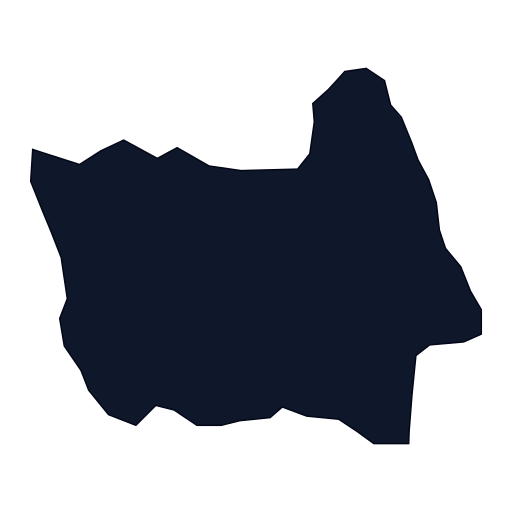 outline of Tranås, Jönköping, Sweden
{"feature_id": "70781695B97967886830889", "entity_name": "Tranås", "entity_type": "district", "adm_level": 2, "iso_a3": "SWE", "parent_name": "Sweden", "parent_adm1": "Jönköping", "projection": "mercator", "projection_center": [14.881, 58.063], "detail": "fine", "context": "isolated", "style": "filled", "palette": "ink", "viewbox_px": 512, "rotation_deg": 0, "n_neighbors": 0, "source": "geoboundaries", "source_scale": "gbopen_adm2", "svg_char_len": 835}
<svg xmlns="http://www.w3.org/2000/svg" viewBox="0 0 512 512"><path d="M408.7,443.6L409.1,431.7L412.0,394.6L415.9,355.6L429.6,344.9L463.7,341.9L481.3,334.1L481.3,309.7L470.5,291.2L460.9,267.1L460.7,266.7L445.5,248.4L439.4,230.1L436.3,202.6L428.7,179.8L418.0,159.9L411.9,143.2L401.3,117.2L390.6,105.0L384.5,80.6L366.2,68.4L344.8,71.5L335.2,82.1L328.1,89.8L312.8,103.5L314.3,121.8L309.8,153.8L297.6,169.1L241.1,170.6L209.1,166.0L177.1,147.7L157.3,158.4L123.7,140.1L100.9,150.8L79.5,164.5L41.4,152.3L32.7,149.4L30.7,181.3L42.9,211.8L50.5,230.1L61.2,257.5L67.3,298.7L59.7,318.5L64.3,346.0L81.0,370.4L88.7,390.2L108.5,414.6L135.9,425.3L155.8,405.4L174.1,410.0L196.9,425.3L221.3,425.3L239.6,420.7L270.1,417.6L282.3,407.0L306.7,416.1L338.7,419.2L357.0,431.4L373.8,443.6L408.7,443.6Z" fill="#0f172a" stroke="#020617" stroke-width="1.5"/></svg>